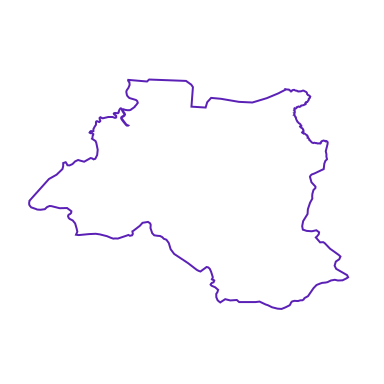 outline of Ngerutchei, Ngeremlengui, Palau, rotated 94°
{"feature_id": "81905179B75346360802885", "entity_name": "Ngerutchei", "entity_type": "district", "adm_level": 2, "iso_a3": "PLW", "parent_name": "Palau", "parent_adm1": "Ngeremlengui", "projection": "natural_earth1", "projection_center": [134.542, 7.526], "detail": "fine", "context": "isolated", "style": "outline", "palette": "violet", "viewbox_px": 384, "rotation_deg": 94, "n_neighbors": 0, "source": "geoboundaries", "source_scale": "gbopen_adm2", "svg_char_len": 5799}
<svg xmlns="http://www.w3.org/2000/svg" viewBox="0 0 384 384"><g transform="rotate(94 192 192)"><path d="M300.7,156.8L296.6,151.4L297.5,146.2L296.6,139.8L298.5,137.3L297.4,121.1L296.6,117.0L299.1,110.6L299.6,108.5L301.4,104.1L302.4,98.5L302.4,94.5L300.6,90.8L298.2,86.7L296.9,86.0L295.4,85.5L294.2,84.5L293.4,82.1L293.4,78.7L292.5,76.4L292.3,74.3L291.4,73.1L290.0,72.4L287.8,69.0L279.5,64.1L276.1,61.3L274.5,58.0L273.6,55.9L273.0,52.4L272.5,50.6L270.6,47.3L269.6,43.4L270.1,40.3L269.6,35.7L267.6,32.2L266.2,30.3L264.1,31.5L258.6,42.8L255.6,44.6L251.4,43.7L248.8,40.4L246.0,39.4L244.5,41.3L238.9,50.4L233.7,56.1L232.9,57.6L233.3,60.7L228.7,65.3L227.7,64.3L225.3,62.6L223.3,62.4L221.5,65.3L222.8,69.7L222.8,74.8L221.8,78.8L218.4,79.7L213.3,79.1L205.9,75.2L201.1,75.2L194.5,73.5L190.2,71.5L188.1,71.8L185.6,71.8L181.6,71.0L179.5,69.2L178.0,69.2L174.0,73.5L168.6,75.4L167.2,74.8L166.1,73.7L165.1,71.4L159.9,62.2L154.6,62.0L151.8,61.2L149.9,59.6L147.3,60.4L145.0,60.5L142.0,61.4L134.6,60.1L133.1,60.1L132.8,60.3L132.7,60.4L132.3,60.5L131.9,61.4L132.1,61.8L131.8,61.9L131.9,62.7L131.7,63.0L131.8,63.4L131.6,63.8L131.5,64.5L132.4,66.3L133.2,66.8L133.6,66.9L133.6,66.7L134.0,66.8L134.4,67.1L134.4,67.7L134.7,67.8L134.6,68.2L134.7,69.3L134.8,69.7L134.7,70.0L134.8,70.4L134.5,71.1L134.6,71.3L134.6,72.0L134.5,72.3L134.3,73.5L134.7,74.4L134.3,75.7L134.0,76.2L133.2,76.9L133.0,77.3L132.3,77.8L132.1,78.5L131.3,78.7L130.9,79.1L130.5,79.2L130.4,79.5L130.1,79.7L129.9,80.2L129.7,80.0L129.1,80.1L128.8,80.4L128.2,80.7L128.0,81.0L127.7,80.9L127.1,81.6L126.9,82.2L126.1,83.3L125.8,84.2L125.9,84.6L125.6,84.7L125.5,85.6L125.0,86.3L124.8,86.2L125.2,85.6L124.4,85.1L123.9,85.4L123.6,85.0L123.2,85.0L122.0,85.4L121.9,85.7L121.1,86.0L120.7,86.5L120.1,87.8L119.2,88.8L118.9,88.6L118.8,88.1L118.6,87.8L118.4,88.0L118.2,87.8L118.0,88.1L117.2,88.3L116.3,89.3L115.8,90.4L115.1,90.9L114.4,91.9L113.7,92.1L112.6,92.9L111.4,93.4L110.8,93.4L110.2,94.0L109.9,93.9L108.4,95.2L107.9,95.1L107.7,95.2L107.7,95.4L107.4,95.2L106.9,95.2L106.5,95.2L106.1,95.6L105.9,95.2L105.3,95.0L104.6,95.1L104.4,95.3L103.9,95.2L103.2,95.4L103.1,95.7L102.8,95.5L101.6,95.7L101.4,95.6L101.7,95.1L101.6,94.5L101.0,93.7L100.6,93.7L100.2,93.6L100.1,93.4L100.2,93.2L99.6,92.3L99.4,92.0L99.5,91.1L99.4,91.1L99.5,90.4L99.2,90.1L99.0,89.6L98.6,89.5L98.1,89.0L97.8,87.4L96.7,85.1L96.2,84.6L95.9,84.6L95.5,84.8L95.3,84.7L95.2,85.0L94.3,84.4L94.2,83.4L93.9,83.1L93.7,83.1L92.9,82.6L92.5,82.6L92.8,82.5L91.8,81.9L91.3,82.1L90.6,81.9L90.3,81.4L89.7,80.9L88.7,81.0L88.5,80.8L87.6,81.7L87.3,82.9L87.0,83.0L86.8,83.4L86.4,83.9L85.1,84.3L84.3,85.0L83.1,87.8L83.1,88.2L83.2,88.7L83.6,88.9L84.2,88.8L83.8,89.0L83.7,89.2L83.7,89.9L84.0,90.6L84.1,92.4L84.3,92.5L84.3,92.9L84.1,93.5L84.1,93.9L83.8,94.1L83.6,94.8L83.6,96.0L83.0,97.1L83.1,98.1L83.5,99.0L84.6,99.8L84.8,100.2L84.5,100.4L84.1,100.7L83.8,101.8L83.3,102.1L83.1,102.5L83.1,104.7L83.0,105.4L83.1,105.5L82.9,105.8L82.9,106.1L83.5,106.0L87.7,113.0L93.2,124.0L98.5,138.0L98.8,151.4L97.0,169.7L96.8,179.5L101.4,183.1L106.8,184.3L106.9,198.5L87.3,198.4L85.0,200.2L81.6,205.7L82.8,242.6L84.9,244.6L84.6,263.4L85.3,263.5L85.9,263.1L86.5,262.7L86.8,262.1L89.6,261.7L92.6,262.7L95.1,264.2L96.4,264.5L97.2,264.4L99.5,263.8L100.2,263.5L101.1,262.8L101.6,262.1L102.2,261.7L102.7,260.6L104.1,254.4L104.6,253.6L105.3,252.9L106.9,252.3L109.6,254.1L110.3,254.8L111.0,255.0L112.9,257.2L113.6,258.2L114.0,258.5L114.3,258.9L114.7,259.8L114.8,260.4L114.9,262.5L114.7,264.6L114.5,265.0L114.5,265.4L114.2,266.4L114.4,266.9L114.9,267.0L115.8,266.7L118.1,264.8L119.4,264.2L120.5,264.7L121.3,265.5L122.5,267.3L122.9,267.4L123.3,267.2L123.8,267.0L125.9,265.2L129.0,262.5L129.6,261.6L130.1,260.2L130.2,260.3L130.3,261.6L130.1,262.0L129.5,262.7L125.4,266.5L123.6,267.8L122.5,267.8L121.6,266.9L120.4,265.2L119.9,264.9L119.0,264.9L117.0,266.4L116.5,266.8L115.3,267.5L114.1,267.9L113.7,268.3L113.5,268.8L113.6,269.2L114.4,269.8L115.7,270.4L117.7,270.7L117.7,271.0L118.5,271.3L118.6,272.2L118.5,274.1L118.7,275.1L119.3,275.5L120.0,275.1L120.7,273.8L121.3,273.0L122.7,272.8L123.2,273.2L123.4,274.1L122.7,276.6L123.0,280.7L124.7,286.1L124.4,287.4L123.8,288.4L124.2,289.1L124.7,289.4L125.9,289.1L127.0,288.5L127.8,288.5L128.7,289.4L128.4,290.6L128.1,291.0L128.0,291.9L128.4,292.5L129.1,292.7L130.9,292.5L131.8,292.6L133.5,293.6L136.0,294.7L138.2,294.6L138.5,295.2L138.2,297.0L139.0,297.9L139.9,298.3L140.4,297.4L140.4,295.9L141.1,294.5L141.8,294.5L142.8,295.0L145.0,295.1L145.8,295.5L147.9,291.8L149.7,290.9L156.5,289.0L161.8,289.2L165.6,290.8L166.3,292.5L165.5,293.8L165.2,295.5L169.3,301.7L168.5,305.8L168.0,307.8L169.6,310.7L172.5,313.2L174.0,316.0L174.0,318.1L172.5,319.0L171.1,320.1L172.1,322.5L175.1,322.3L178.1,322.8L184.2,328.3L189.0,335.6L211.9,353.4L212.0,353.3L213.5,353.7L215.5,353.6L216.7,353.1L218.5,351.4L219.9,346.3L220.3,345.2L220.3,341.9L219.4,337.6L217.1,335.5L215.9,333.1L215.9,331.2L217.4,322.9L216.7,315.5L219.6,311.0L221.3,311.1L222.4,312.0L223.3,313.5L224.7,314.0L226.5,313.2L227.4,312.1L228.7,309.0L231.5,306.4L236.0,304.7L239.6,303.6L242.7,304.7L242.9,302.1L241.2,292.0L240.4,285.1L240.7,281.0L242.0,273.7L243.4,269.6L244.0,267.2L243.7,265.6L243.6,262.7L241.1,256.6L239.3,252.4L240.0,250.9L239.4,248.8L238.0,248.1L235.4,248.7L234.8,247.8L229.4,241.7L226.2,239.2L224.9,233.8L226.2,231.6L227.6,230.9L230.9,230.9L235.9,228.8L237.8,226.7L238.1,223.4L238.1,220.8L239.1,218.5L240.6,216.9L241.4,214.2L244.5,211.6L250.6,209.3L255.0,205.5L263.1,191.2L269.4,181.7L270.3,179.6L270.7,178.0L265.8,172.2L266.1,170.5L267.4,168.9L270.2,167.4L275.5,165.3L276.9,165.6L277.6,166.1L278.1,165.5L278.2,164.3L278.8,163.6L280.6,164.2L281.3,165.8L282.2,166.6L283.1,167.0L284.1,166.0L285.4,162.3L287.8,159.1L290.2,159.7L292.0,160.7L295.3,160.4L298.2,158.9L299.4,157.4L300.0,156.2L300.7,156.8Z" fill="none" stroke="#5b21b6" stroke-width="2"/></g></svg>